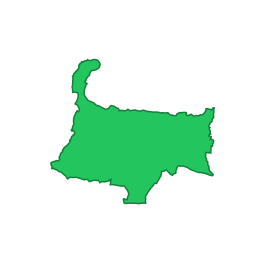 Chocontá, Cundinamarca, Colombia, rotated 244°
{"feature_id": "7082276B4059288280821", "entity_name": "Chocontá", "entity_type": "district", "adm_level": 2, "iso_a3": "COL", "parent_name": "Colombia", "parent_adm1": "Cundinamarca", "projection": "mercator", "projection_center": [-73.685, 5.113], "detail": "fine", "context": "isolated", "style": "filled", "palette": "green", "viewbox_px": 256, "rotation_deg": 244, "n_neighbors": 0, "source": "geoboundaries", "source_scale": "gbopen_adm2", "svg_char_len": 5763}
<svg xmlns="http://www.w3.org/2000/svg" viewBox="0 0 256 256"><g transform="rotate(244 128 128)"><path d="M110.2,51.2L109.2,51.1L108.7,51.5L108.7,52.4L109.1,53.2L109.1,54.2L107.0,58.1L106.6,59.7L105.1,61.2L104.0,62.7L101.4,65.0L100.8,66.0L100.5,66.1L100.6,67.1L99.6,68.6L98.5,69.4L98.0,69.6L97.6,69.5L97.4,69.7L96.9,69.7L96.6,70.0L96.2,73.1L96.2,73.7L95.6,75.3L94.9,76.2L94.1,78.1L92.8,78.7L91.1,78.8L91.3,80.1L91.0,81.5L89.9,83.2L89.8,84.1L89.4,85.0L89.0,87.3L89.0,87.9L89.4,88.7L89.2,89.2L89.5,89.9L89.3,90.3L88.4,89.7L87.9,88.9L86.6,88.5L84.8,87.1L84.2,88.8L82.6,91.3L78.9,96.2L78.5,97.2L78.2,97.5L77.8,98.7L77.2,99.4L76.9,99.6L75.2,99.5L72.1,100.3L68.8,99.9L68.1,99.6L65.1,96.5L64.0,95.9L65.1,94.1L65.7,93.9L65.9,93.7L66.2,93.1L66.1,92.7L65.2,92.2L62.4,91.7L62.0,91.8L61.2,92.6L60.3,95.5L59.2,97.7L56.6,102.6L55.3,104.4L54.9,105.9L53.8,108.9L52.8,110.7L52.7,111.0L54.6,111.5L56.9,113.0L58.5,113.5L59.0,113.8L60.6,116.5L61.9,118.2L62.5,119.5L63.1,120.2L63.2,121.1L64.3,122.7L64.5,123.7L65.4,125.6L66.1,126.6L66.5,128.0L65.7,129.1L65.7,129.5L66.6,130.5L69.0,134.4L69.3,134.7L69.8,134.9L70.0,135.2L70.0,136.0L72.8,138.4L73.8,138.6L74.3,139.0L73.4,141.5L73.4,142.7L73.7,144.0L67.7,145.9L66.0,147.2L66.8,148.9L66.8,149.5L66.4,150.8L66.6,151.4L67.6,151.7L68.4,152.2L71.2,155.0L72.0,156.4L71.9,157.0L70.5,158.6L70.4,159.8L68.8,161.7L66.4,164.2L63.8,165.6L61.7,167.4L60.9,168.3L58.4,170.6L57.9,171.3L56.6,172.5L56.2,173.8L54.7,175.5L54.6,176.3L53.7,176.8L53.3,177.3L53.3,178.1L52.1,178.5L51.4,179.6L50.3,180.2L49.4,181.5L49.1,181.6L48.5,182.3L48.1,183.3L48.6,184.0L49.3,183.8L49.8,183.9L51.6,183.2L52.6,183.1L53.0,182.7L54.6,182.7L55.3,182.6L56.2,183.2L56.9,183.2L57.5,183.7L58.5,183.8L59.4,183.6L61.0,184.0L61.5,184.4L62.6,184.8L63.4,184.6L63.5,184.4L64.1,184.2L64.7,184.3L65.0,184.7L65.8,184.9L66.4,185.3L67.7,184.8L68.4,184.8L68.9,185.5L69.5,186.1L71.0,186.3L71.8,187.2L71.8,187.7L71.1,188.0L70.8,189.0L70.3,189.5L70.2,189.9L70.4,190.2L69.9,190.7L69.7,191.3L69.3,191.5L75.2,194.6L75.1,195.0L74.6,195.4L74.6,195.8L75.0,196.2L76.4,196.9L76.9,197.4L77.2,198.0L78.0,198.8L79.1,199.4L79.7,199.3L80.4,198.9L80.8,198.4L81.5,198.1L81.6,196.9L83.8,199.0L84.8,198.0L85.2,197.1L85.6,197.1L85.8,197.6L86.6,198.6L86.3,199.6L87.8,199.6L88.8,200.4L89.8,200.7L90.2,200.4L91.6,200.6L92.5,201.3L92.5,201.6L92.3,201.7L92.3,201.8L93.6,201.3L94.3,201.3L95.0,202.0L95.4,203.1L96.2,203.3L96.4,203.6L96.6,204.4L96.5,205.0L96.9,205.4L97.0,206.3L97.2,206.5L97.7,206.6L99.1,207.7L99.2,208.6L99.8,208.9L99.9,209.5L100.2,209.8L102.7,210.7L105.1,212.4L107.2,213.2L108.1,214.3L108.4,214.3L108.5,214.1L108.7,212.9L107.5,211.4L107.4,211.1L109.0,209.8L109.2,209.1L110.4,208.1L110.8,207.2L111.2,206.7L109.3,205.4L109.1,205.1L108.7,204.3L108.1,203.4L107.3,200.8L107.4,200.1L108.2,198.9L108.0,197.5L108.1,196.7L109.1,195.2L109.5,193.0L109.9,192.1L110.8,191.5L112.5,191.0L112.7,190.2L112.9,187.3L113.7,186.1L114.4,186.3L115.5,186.9L116.3,187.1L117.1,185.9L118.2,183.4L118.5,182.1L119.3,181.1L119.1,179.7L119.4,178.7L119.0,178.0L118.4,177.5L118.2,177.0L118.5,175.4L119.6,174.0L120.3,173.3L120.9,172.3L121.5,171.6L123.0,170.9L124.3,170.6L124.4,169.9L125.5,167.4L126.4,166.2L127.1,164.2L128.8,162.3L129.6,161.0L131.2,157.7L133.7,154.0L134.2,152.9L136.9,150.0L137.3,149.5L137.6,148.8L137.5,147.4L138.9,144.6L141.1,142.4L141.7,140.3L142.4,138.7L142.5,137.7L142.6,137.4L143.0,137.1L144.5,136.5L144.9,136.0L144.5,134.5L144.7,133.0L146.8,129.8L147.3,127.8L147.6,127.5L148.9,128.0L149.8,127.9L150.8,126.7L153.4,125.2L155.2,123.2L155.5,122.7L155.4,121.7L154.1,119.0L154.4,116.7L154.8,115.7L156.3,114.7L157.4,113.7L158.5,113.2L160.7,111.3L162.2,109.6L165.6,108.2L170.4,104.1L175.0,103.3L177.1,103.3L177.7,103.4L179.8,104.4L183.1,107.0L183.6,107.8L185.1,109.0L185.3,109.3L185.4,110.2L185.6,110.5L186.2,110.6L187.8,109.4L188.4,109.9L189.0,110.0L189.4,111.4L190.7,112.1L191.1,113.3L191.8,114.5L192.3,116.5L193.8,117.5L194.6,118.8L195.4,119.7L195.5,120.1L195.4,121.1L195.1,121.5L194.7,122.9L194.5,124.4L194.5,125.9L195.0,128.8L195.9,129.3L197.0,130.6L197.6,130.9L198.6,131.1L201.9,130.5L202.8,129.9L203.9,128.6L204.3,127.9L204.8,126.0L205.0,124.1L205.3,123.3L206.3,121.9L207.1,121.6L206.7,120.7L207.3,118.7L207.2,116.9L207.4,116.2L207.9,115.4L207.2,115.1L207.1,113.5L206.9,113.0L206.2,112.5L206.1,111.5L205.5,111.0L204.7,111.0L204.3,110.5L203.2,109.8L203.0,109.2L202.6,109.0L202.5,108.1L201.9,107.0L201.9,106.5L201.5,106.4L201.6,105.6L201.3,105.0L200.9,104.9L200.9,104.1L200.6,103.7L200.6,103.2L199.4,102.2L198.8,100.8L198.0,101.0L197.7,100.9L196.5,99.9L195.5,99.8L194.9,99.1L193.3,98.4L192.2,97.6L191.4,97.4L189.3,95.7L188.7,95.6L186.9,95.1L184.3,93.9L183.9,95.5L181.7,98.3L180.6,98.1L179.3,97.6L177.8,96.8L176.5,95.8L174.9,94.0L174.2,93.6L173.8,92.2L173.1,91.2L172.7,91.0L171.9,91.9L171.1,92.3L170.1,92.7L169.3,92.7L166.1,92.5L164.9,91.6L164.3,90.6L164.5,90.2L165.7,90.0L165.7,89.7L164.6,87.7L163.4,86.7L162.1,84.9L160.0,83.1L157.2,81.6L156.0,81.4L155.3,81.0L153.8,79.2L151.5,77.3L151.1,76.1L150.3,76.0L150.0,76.2L150.6,76.8L150.3,77.6L149.4,77.4L148.9,77.9L148.0,78.4L147.5,78.0L146.6,77.4L146.3,77.6L145.4,76.5L145.4,76.3L145.7,76.0L145.8,75.7L145.2,75.3L145.3,74.8L145.2,74.1L144.5,73.0L144.1,72.6L143.3,72.4L142.8,71.7L142.7,71.6L143.0,71.3L143.0,71.0L142.6,70.6L142.5,70.2L142.1,70.0L141.3,70.0L141.1,69.7L140.7,69.6L139.0,65.4L138.5,62.5L138.0,61.4L137.3,60.7L137.0,59.5L136.1,59.5L135.5,59.0L135.4,58.3L134.8,57.4L134.9,57.1L134.6,56.3L132.9,54.8L132.3,53.7L131.0,53.0L130.0,52.9L129.5,52.2L128.9,50.6L130.0,49.5L130.2,49.0L130.1,48.7L130.0,47.9L130.5,46.2L130.6,44.1L130.4,43.3L128.4,42.7L127.2,42.9L126.4,42.6L125.0,41.7L124.2,42.9L124.1,43.8L122.7,44.3L121.4,46.0L120.9,46.0L119.9,46.4L118.8,47.2L117.6,48.8L114.8,49.7L112.5,50.9L110.2,51.2Z" fill="#22c55e" stroke="#15803d" stroke-width="1.5"/></g></svg>